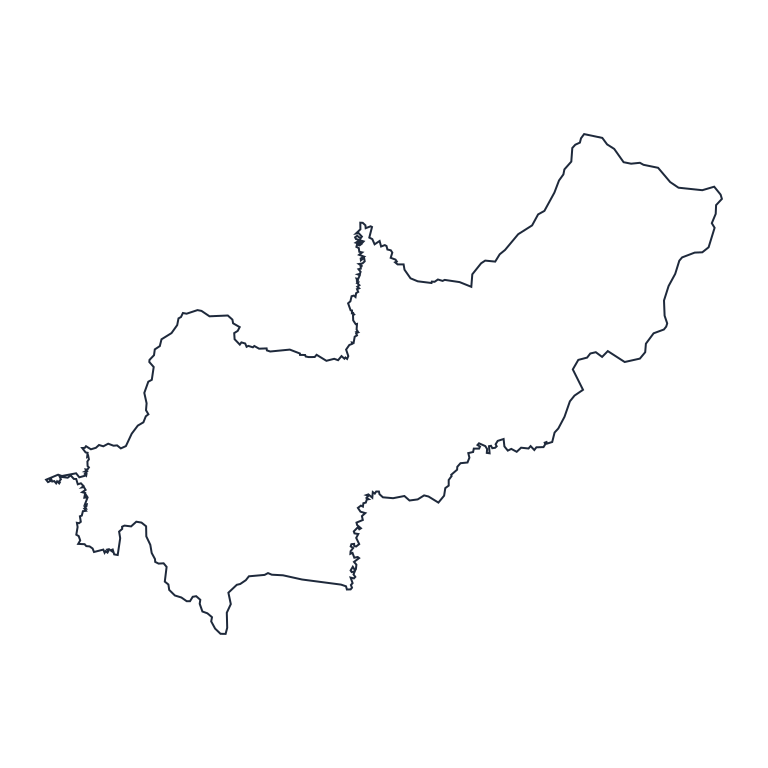 Thoeng, Chiang Rai, Thailand (Mercator projection)
{"feature_id": "78962969B30724272776962", "entity_name": "Thoeng", "entity_type": "district", "adm_level": 2, "iso_a3": "THA", "parent_name": "Thailand", "parent_adm1": "Chiang Rai", "projection": "mercator", "projection_center": [100.122, 19.692], "detail": "fine", "context": "isolated", "style": "outline", "palette": "slate", "viewbox_px": 768, "rotation_deg": 0, "n_neighbors": 0, "source": "geoboundaries", "source_scale": "gbopen_adm2", "svg_char_len": 6046}
<svg xmlns="http://www.w3.org/2000/svg" viewBox="0 0 768 768"><path d="M467.5,462.5L469.4,457.7L468.3,453.1L473.1,452.0L473.8,448.6L479.1,448.6L480.0,446.6L477.5,445.0L479.0,443.3L485.3,446.1L487.1,449.0L486.8,452.9L489.6,453.3L489.0,446.2L491.0,445.8L492.3,448.2L495.1,447.8L496.7,446.3L495.6,444.3L497.7,440.9L503.6,439.0L504.4,446.4L507.8,450.6L511.3,448.9L516.7,451.8L521.1,447.7L528.5,448.5L530.6,446.1L534.3,450.0L536.4,447.3L543.5,447.1L545.3,444.2L544.7,442.7L546.5,442.0L547.0,443.6L552.2,442.0L554.6,432.5L558.3,428.5L564.5,416.8L569.9,401.3L574.5,395.6L583.0,389.8L572.8,369.4L578.3,359.9L587.1,357.6L590.3,353.5L595.8,352.2L602.1,356.9L607.8,351.1L624.7,362.0L639.9,358.6L645.2,352.2L645.9,343.7L653.6,333.3L663.9,329.5L666.2,326.6L667.2,323.4L664.6,315.7L664.0,300.5L668.6,286.0L675.2,273.9L679.3,260.7L682.1,257.4L694.7,252.6L702.3,252.3L708.6,247.3L714.6,227.8L711.8,223.2L715.7,213.9L716.1,205.1L721.9,198.9L720.6,194.6L714.2,186.7L702.3,190.2L678.5,187.7L670.2,182.1L658.1,167.8L643.5,164.8L639.9,162.8L631.1,163.7L623.6,162.2L614.2,148.9L607.1,144.4L602.3,137.9L584.1,134.1L581.0,138.3L579.9,142.6L575.3,144.7L572.3,148.0L571.3,161.6L564.4,169.4L563.4,174.4L559.0,180.5L554.4,192.6L544.4,210.9L538.1,214.4L532.1,225.4L518.2,234.2L505.0,250.0L499.7,254.3L495.2,261.6L485.2,260.6L481.1,263.3L472.3,274.3L471.3,286.8L459.6,282.1L444.7,279.9L442.6,280.9L437.9,279.5L434.6,281.8L431.8,281.6L431.5,283.0L417.7,281.3L410.5,278.3L404.5,269.7L403.6,264.4L397.6,264.4L395.1,262.3L396.8,261.5L395.5,259.6L390.7,257.8L392.3,252.6L390.8,250.3L387.4,249.5L386.5,246.0L384.8,245.1L381.1,246.5L379.6,241.0L374.6,244.3L372.3,239.1L369.3,237.6L372.0,227.0L370.6,226.3L365.7,228.2L365.4,225.3L362.7,222.8L360.3,222.7L360.4,229.3L356.0,233.5L358.6,233.1L361.9,236.6L360.5,238.4L357.2,235.8L355.1,237.3L355.9,239.0L363.6,241.4L362.0,243.1L357.7,241.5L355.8,242.7L360.9,244.4L359.6,245.4L357.0,244.6L356.4,246.9L358.8,248.1L359.3,251.8L362.2,252.4L359.1,254.8L364.0,256.6L360.7,258.5L360.9,260.3L364.1,257.9L364.7,261.3L362.5,263.4L358.9,264.0L362.4,266.4L360.6,266.0L360.8,268.6L358.5,269.2L360.6,271.8L359.9,273.8L357.8,274.4L359.8,275.2L358.2,278.9L356.5,278.6L357.4,280.7L356.3,281.6L357.6,281.3L357.1,282.7L358.3,282.5L357.8,283.7L359.4,285.2L357.3,286.7L359.1,288.3L357.0,289.1L358.2,291.9L356.1,293.2L355.5,297.0L353.8,295.6L351.6,296.2L350.4,301.3L348.1,303.3L350.6,310.3L352.0,310.5L351.9,313.2L354.0,312.8L353.0,313.5L354.1,314.5L353.0,315.1L353.2,320.4L355.7,324.2L357.0,323.9L356.6,329.5L357.7,331.4L356.8,331.8L358.0,332.4L356.1,333.3L357.0,335.4L354.7,336.7L353.6,342.9L351.9,342.5L352.3,343.8L349.3,345.0L346.1,349.6L348.3,356.1L347.1,358.9L345.4,357.5L344.4,358.7L341.5,356.1L338.1,360.2L334.2,358.8L326.4,360.8L316.6,354.8L314.7,357.0L308.8,357.1L305.7,356.5L305.1,355.0L300.0,354.9L299.9,353.5L289.8,349.6L270.2,351.5L266.9,350.4L266.6,348.4L259.1,348.7L254.3,346.0L252.9,347.3L248.3,345.9L246.6,346.8L245.2,343.5L241.4,342.4L239.8,344.6L234.6,339.2L234.2,333.1L237.7,330.9L239.7,327.1L233.1,323.3L232.4,319.6L227.8,315.5L209.5,316.3L201.5,310.9L197.5,310.1L186.6,313.7L182.9,313.0L181.0,317.0L178.5,318.4L177.2,325.1L171.5,333.1L161.5,339.3L159.8,346.1L154.8,349.4L154.0,355.2L149.5,359.9L149.3,362.0L153.7,367.0L151.8,379.8L148.3,381.7L144.3,392.9L146.6,403.3L146.0,410.2L148.4,414.3L145.8,416.3L143.4,422.3L137.8,425.6L131.7,433.7L125.9,446.1L120.8,448.4L117.1,445.4L113.5,445.7L108.2,443.7L103.3,446.3L99.0,445.0L95.9,447.8L90.9,449.3L86.0,446.2L84.7,447.9L82.2,448.0L85.6,452.4L87.6,452.8L87.2,456.7L88.2,455.9L88.9,459.3L87.4,461.5L87.6,466.1L88.9,467.4L87.4,469.6L85.6,469.4L86.3,470.9L85.1,471.5L86.8,471.7L85.1,473.6L86.5,473.9L86.2,475.6L85.2,474.6L84.8,475.8L79.3,477.3L76.1,473.3L61.9,476.0L58.1,474.7L46.1,479.7L48.0,482.1L50.6,480.9L49.7,479.3L50.9,478.3L52.2,481.5L54.3,481.1L56.1,483.3L57.1,481.3L59.2,483.4L59.8,482.4L58.6,481.9L60.9,479.3L59.7,476.7L67.7,477.7L70.7,475.4L73.8,478.9L76.2,479.0L77.8,484.3L80.9,483.3L83.5,486.0L81.9,487.4L83.9,487.1L85.6,489.9L82.2,492.2L85.2,493.0L84.3,497.7L86.5,497.5L86.5,495.7L87.6,497.4L84.8,504.7L86.8,504.3L86.4,506.3L84.8,506.8L86.1,508.7L84.5,508.8L86.0,510.8L82.9,511.2L81.8,515.6L79.9,516.3L80.8,521.8L79.0,523.2L76.9,522.8L77.6,527.0L76.3,534.7L78.7,536.1L80.2,540.4L78.2,543.9L84.6,544.2L86.3,546.1L89.6,546.4L92.6,548.5L94.0,552.0L103.3,549.6L104.6,552.8L105.6,551.2L107.5,552.6L108.3,551.2L107.2,549.6L109.0,549.2L112.1,551.4L111.5,550.0L112.7,549.5L114.2,554.4L117.7,555.0L120.2,538.2L119.1,531.6L122.2,528.9L122.1,526.7L124.5,525.6L131.1,526.4L136.3,521.7L141.5,522.6L146.1,526.3L146.3,536.4L150.3,544.8L151.7,553.0L155.0,559.1L155.2,561.9L158.6,563.6L163.6,563.3L166.6,566.9L164.8,581.6L168.4,584.5L169.2,589.9L174.9,595.5L181.4,597.5L186.7,601.2L190.0,601.2L192.7,596.8L196.2,596.2L200.3,599.8L199.7,603.8L202.4,611.5L207.4,613.3L212.0,617.2L211.2,621.4L215.1,628.6L220.5,633.8L225.6,633.9L227.2,627.8L226.8,612.7L230.8,604.1L228.4,592.7L236.8,584.8L240.2,584.0L245.8,580.2L248.9,576.3L264.6,574.9L268.0,573.1L271.8,574.7L283.0,575.3L302.0,579.5L341.0,584.6L346.0,586.3L346.9,589.5L350.6,589.4L352.0,587.7L350.9,585.0L352.6,583.1L350.6,577.6L353.9,578.4L355.3,576.9L353.5,574.4L354.8,571.3L351.7,572.1L350.6,570.5L352.8,566.8L354.5,569.5L355.9,569.0L356.4,564.7L354.0,561.9L359.1,558.1L357.7,557.0L354.3,557.7L352.5,552.9L350.4,553.8L350.6,551.2L353.2,548.0L350.7,546.4L351.4,544.2L354.1,543.9L354.2,545.9L356.1,546.5L359.2,544.1L356.2,537.9L358.3,534.0L354.5,533.4L353.8,531.4L357.9,527.2L359.3,529.3L360.9,528.3L357.1,525.0L356.5,522.6L362.8,520.0L361.9,516.1L365.3,513.1L360.5,511.7L357.9,507.9L360.9,505.6L362.9,506.6L363.4,503.2L365.8,502.6L366.8,499.5L368.6,499.2L366.5,497.9L368.4,495.8L366.4,495.1L368.4,494.4L372.3,497.7L372.8,492.1L374.8,493.6L376.2,491.5L378.9,491.5L379.5,494.2L382.9,497.3L393.1,498.2L404.4,496.0L409.5,500.5L417.7,499.4L424.1,495.4L428.5,496.5L438.4,502.6L444.1,495.7L445.3,488.1L448.7,485.6L448.7,480.0L451.6,476.1L451.2,474.8L457.1,469.7L457.3,466.8L460.5,463.2L467.5,462.5Z" fill="none" stroke="#1e293b" stroke-width="2"/></svg>